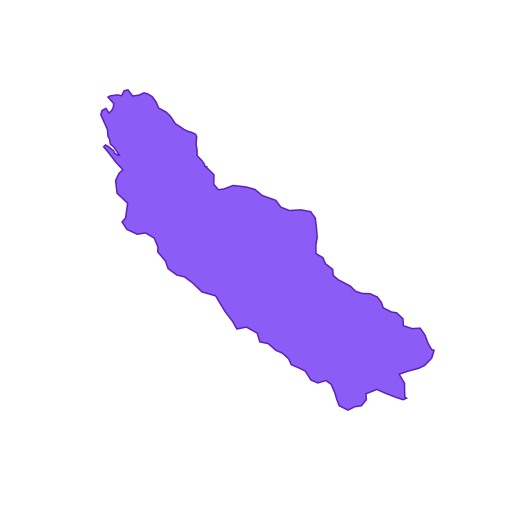 Agios Amvrosios Lemesou, Limassol, Cyprus (Natural Earth projection), rotated 116°
{"feature_id": "46923920B87326554948109", "entity_name": "Agios Amvrosios Lemesou", "entity_type": "district", "adm_level": 2, "iso_a3": "CYP", "parent_name": "Cyprus", "parent_adm1": "Limassol", "projection": "natural_earth1", "projection_center": [32.814, 34.754], "detail": "fine", "context": "isolated", "style": "filled", "palette": "violet", "viewbox_px": 512, "rotation_deg": 116, "n_neighbors": 0, "source": "geoboundaries", "source_scale": "gbopen_adm2", "svg_char_len": 1983}
<svg xmlns="http://www.w3.org/2000/svg" viewBox="0 0 512 512"><g transform="rotate(116 256 256)"><path d="M197.5,339.4L197.8,341.3L196.4,342.3L194.3,345.7L191.6,352.9L186.3,355.6L182.1,358.7L175.0,361.5L173.1,363.5L173.1,368.2L173.8,371.6L173.8,376.4L173.0,381.7L172.5,386.4L168.9,392.4L167.5,395.2L166.0,400.1L165.7,408.3L161.3,413.4L158.2,419.2L157.8,424.9L158.5,428.2L162.9,431.9L166.3,437.0L162.8,443.9L165.3,447.0L170.9,447.0L171.9,451.1L175.9,457.1L178.1,458.7L181.3,450.8L184.5,449.5L188.7,449.5L192.0,450.8L189.1,455.6L192.8,458.2L197.1,457.4L207.4,445.0L213.3,441.5L215.1,438.9L219.4,435.9L220.1,432.3L225.3,422.9L225.8,423.6L225.7,428.0L223.9,430.2L222.3,436.6L222.2,440.0L224.7,440.8L226.9,435.6L233.2,422.8L236.9,413.5L241.6,415.3L249.7,415.3L260.5,408.4L264.8,394.5L279.1,389.9L284.1,391.3L288.7,383.7L288.5,372.3L283.7,365.5L284.5,355.3L291.0,348.0L295.4,346.1L300.2,335.2L305.9,329.4L307.8,318.9L306.1,311.0L308.0,301.0L312.0,288.8L309.5,274.9L319.7,259.1L325.0,248.4L330.0,241.2L324.1,233.5L324.8,221.1L331.5,214.9L329.4,206.6L332.1,196.7L331.7,189.7L334.2,181.4L338.2,176.7L337.8,168.1L337.8,161.3L343.4,152.3L343.0,144.8L337.3,138.6L338.4,132.2L344.7,124.8L348.9,121.1L354.1,115.6L354.2,105.8L348.2,101.2L344.4,95.6L336.7,93.8L331.7,96.8L323.0,89.0L322.6,79.6L321.8,69.2L320.7,60.8L317.8,58.4L317.5,60.4L312.1,63.3L305.3,66.7L299.5,75.5L293.1,69.2L285.7,60.6L280.4,56.4L270.7,53.3L262.7,54.6L263.1,57.2L258.9,63.3L253.0,69.4L248.9,76.8L252.8,83.8L254.1,93.0L248.1,96.3L245.4,104.6L247.0,109.8L246.8,119.0L242.8,122.9L239.7,128.9L239.9,137.0L243.3,144.6L244.0,151.2L241.7,158.1L241.5,164.8L241.3,171.8L239.6,178.1L234.4,181.2L232.5,190.2L228.2,195.0L227.5,203.2L219.6,207.1L212.5,209.1L204.5,213.8L195.9,219.4L192.2,226.4L194.8,235.8L200.5,245.9L201.2,255.1L197.3,262.6L198.9,277.1L196.6,286.1L198.2,294.6L198.9,296.9L202.6,307.4L210.0,314.4L212.9,318.9L210.0,325.4L201.4,329.4L198.0,339.6L197.5,339.4Z" fill="#8b5cf6" stroke="#5b21b6" stroke-width="1.5"/></g></svg>